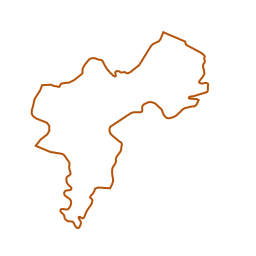 an SVG outline of Offaly, rotated 344°
{"feature_id": "IRL-716", "entity_name": "Offaly", "entity_type": "County", "adm_level": 1, "iso_a3": "IRL", "parent_name": "Ireland", "parent_adm1": "", "projection": "mercator", "projection_center": [-7.645, 53.14], "detail": "fine", "context": "isolated", "style": "outline", "palette": "amber", "viewbox_px": 256, "rotation_deg": 344, "n_neighbors": 0, "source": "natural_earth", "source_scale": "10m", "svg_char_len": 3632}
<svg xmlns="http://www.w3.org/2000/svg" viewBox="0 0 256 256"><g transform="rotate(344 128 128)"><path d="M206.8,60.7L206.6,63.6L207.3,64.6L219.1,76.0L221.0,78.7L221.6,80.4L220.9,81.2L220.4,82.4L220.3,84.7L219.8,85.8L219.4,86.5L218.1,87.3L217.4,88.4L217.0,90.0L216.9,93.5L216.7,95.4L216.4,96.8L215.8,97.6L214.4,99.0L209.8,102.4L209.0,103.3L209.0,104.0L209.6,104.6L210.3,105.2L211.2,105.6L212.2,105.8L214.4,105.9L215.6,106.2L216.9,107.2L217.1,108.2L216.7,109.2L216.1,110.4L215.6,112.4L215.1,113.7L214.5,114.7L213.7,115.2L199.6,115.5L197.3,115.1L196.1,115.0L194.9,115.4L194.8,116.1L195.2,116.7L202.1,119.2L203.6,120.6L200.1,124.7L197.6,125.5L195.7,124.9L188.1,124.6L184.9,125.4L183.4,126.5L177.9,129.3L174.9,130.0L170.5,130.1L168.7,129.4L167.6,128.6L167.1,127.8L166.3,126.0L166.0,125.0L165.7,123.9L165.6,120.4L165.3,119.3L161.5,112.9L160.7,111.8L159.6,110.8L157.2,109.4L155.7,109.0L154.4,108.9L150.0,109.6L148.3,110.5L147.7,111.3L147.3,112.0L147.0,112.9L146.8,114.5L146.4,115.4L145.5,116.3L144.0,116.2L138.4,114.6L136.4,114.4L134.9,114.5L112.0,121.7L110.8,122.5L110.2,123.3L109.8,124.3L109.6,125.3L109.4,126.4L109.4,127.5L109.7,128.5L110.0,129.4L110.9,131.1L115.7,138.2L116.9,139.5L117.4,140.2L117.7,141.0L117.6,142.0L117.3,142.9L116.3,144.6L115.9,145.6L115.6,146.5L115.1,147.5L113.8,148.9L109.6,152.1L108.8,152.9L108.3,153.7L107.8,154.6L107.2,156.6L106.8,157.6L106.2,158.3L105.6,159.0L102.8,161.3L102.2,162.0L101.7,162.8L100.9,164.7L100.0,168.6L99.5,172.9L99.3,174.0L99.0,175.0L98.5,175.8L97.1,177.8L94.2,181.0L82.9,177.0L79.7,177.2L78.0,179.6L76.0,181.5L73.7,182.8L72.7,183.7L72.4,184.5L72.6,184.9L73.1,185.5L73.6,186.2L73.8,187.1L73.7,188.0L73.3,188.8L72.5,190.3L72.2,190.8L66.5,195.5L64.2,197.9L61.3,201.8L60.2,202.3L59.4,202.3L58.8,201.8L57.3,200.3L56.4,199.9L55.9,200.3L55.8,201.1L56.8,205.1L56.5,206.5L55.6,208.1L53.5,210.3L52.1,210.3L51.3,209.8L50.2,207.4L49.9,206.0L49.8,205.0L49.5,203.9L49.1,203.0L48.5,202.5L45.2,201.3L44.1,200.5L43.4,199.7L42.8,198.8L42.4,197.9L42.3,196.9L42.5,194.8L42.3,193.7L41.9,192.8L40.8,191.2L40.4,190.4L40.2,189.6L40.2,188.7L40.7,188.0L41.4,187.6L42.5,187.7L43.4,188.0L46.0,189.3L46.9,189.5L47.6,189.5L48.3,189.3L49.0,188.9L50.4,187.8L51.5,186.5L52.2,185.4L52.6,184.6L52.9,183.7L53.0,182.6L52.9,181.5L52.5,180.4L51.8,179.4L49.2,176.2L48.7,175.4L48.5,174.4L48.6,173.4L48.9,172.5L49.5,171.8L50.3,171.3L51.2,171.1L54.5,171.6L55.5,171.6L56.4,171.3L56.9,170.7L57.0,169.7L56.7,169.1L56.4,168.6L56.0,167.9L55.1,166.5L54.7,165.6L54.4,164.6L54.3,163.5L54.3,162.4L54.4,161.2L54.7,160.1L55.0,159.2L55.6,158.4L56.4,157.9L58.4,157.4L59.4,157.0L60.0,156.4L60.4,155.4L60.4,154.3L60.3,152.0L60.4,150.8L60.6,149.7L60.9,148.7L61.7,147.0L61.9,146.3L62.0,145.7L62.0,144.7L61.4,142.8L61.0,141.9L60.1,139.1L59.3,136.8L58.5,135.6L57.7,134.8L46.7,129.6L34.4,119.7L41.0,114.9L48.5,112.0L51.6,109.0L52.9,104.1L51.5,100.6L42.2,93.4L39.9,90.3L39.7,89.3L39.4,87.6L40.4,84.6L44.1,78.4L45.4,75.6L46.9,73.8L54.0,67.5L57.2,63.2L65.1,64.9L66.4,65.5L67.1,66.1L67.7,66.8L69.4,67.7L71.2,68.4L71.9,69.0L72.8,69.4L73.7,69.3L74.8,67.9L75.7,67.2L77.4,67.0L84.1,68.1L89.4,67.1L98.2,63.5L99.7,62.2L99.9,61.2L100.1,60.0L100.4,59.1L101.5,57.7L104.3,55.0L109.7,51.3L111.1,51.0L113.0,51.0L115.5,51.9L118.5,54.1L121.2,55.4L121.7,56.1L122.1,56.8L122.2,57.4L122.5,59.3L123.7,64.5L124.1,65.5L126.1,69.9L128.0,73.1L128.5,73.9L129.1,74.6L129.9,74.9L130.6,74.6L130.9,73.2L130.9,72.0L131.1,71.0L131.9,70.3L133.9,70.5L134.9,71.0L136.4,72.6L137.4,73.0L139.8,73.2L140.6,73.6L141.9,75.1L143.3,75.3L145.5,75.0L156.0,70.7L172.5,55.7L173.6,55.0L175.0,54.3L181.6,53.1L183.9,51.4L188.3,45.7L206.8,60.7Z" fill="none" stroke="#b45309" stroke-width="2"/></g></svg>